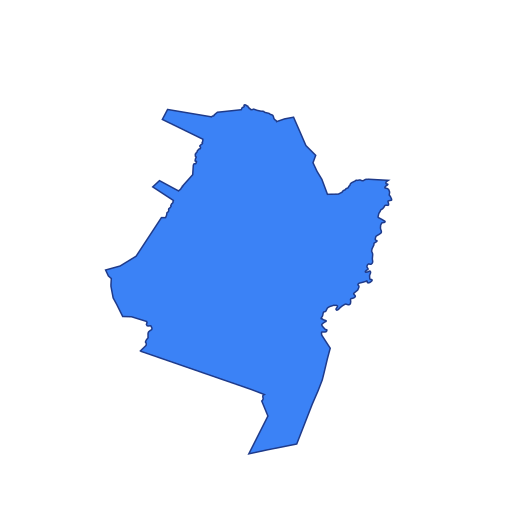 outline of Iliatenco, Guerrero, Mexico, rotated 49°
{"feature_id": "50627088B94686315759105", "entity_name": "Iliatenco", "entity_type": "district", "adm_level": 2, "iso_a3": "MEX", "parent_name": "Mexico", "parent_adm1": "Guerrero", "projection": "equal_earth", "projection_center": [-98.646, 17.051], "detail": "fine", "context": "isolated", "style": "filled", "palette": "blue", "viewbox_px": 512, "rotation_deg": 49, "n_neighbors": 0, "source": "geoboundaries", "source_scale": "gbopen_adm2", "svg_char_len": 6132}
<svg xmlns="http://www.w3.org/2000/svg" viewBox="0 0 512 512"><g transform="rotate(49 256 256)"><path d="M167.9,378.7L174.2,380.5L178.1,380.0L182.5,384.3L183.8,385.4L193.9,391.3L201.2,392.9L214.2,396.3L220.2,389.8L233.3,381.7L233.7,381.5L234.0,381.8L234.7,381.9L234.9,382.0L235.7,383.6L236.4,383.8L237.2,383.9L238.0,383.4L239.6,381.2L241.8,381.7L242.3,382.0L242.8,382.4L243.1,383.2L242.9,384.1L242.8,385.8L242.8,386.8L243.0,387.4L243.9,388.6L245.4,389.8L246.1,390.5L246.7,390.8L246.9,391.1L247.4,393.8L247.6,394.1L247.8,394.8L248.4,395.9L248.9,396.0L249.5,396.0L249.8,396.1L250.8,396.9L251.3,397.5L251.4,398.1L251.8,405.5L252.6,405.3L353.9,347.0L366.0,340.6L365.8,341.7L365.9,342.4L366.8,343.3L368.0,343.9L368.5,344.4L369.1,345.5L369.2,346.2L369.2,346.8L384.6,352.0L400.6,391.2L409.8,374.5L424.6,348.6L404.7,310.7L398.4,297.5L393.0,287.3L389.1,281.7L380.5,269.7L374.3,260.5L358.8,258.3L357.2,257.2L356.6,256.5L356.7,256.0L358.6,253.8L359.1,252.9L359.1,252.3L358.9,251.7L358.4,251.1L358.0,251.0L357.3,251.7L356.5,251.9L353.7,252.0L352.0,251.9L351.1,251.6L350.9,251.4L350.8,251.0L350.7,249.9L350.9,247.5L351.2,246.6L351.3,246.2L351.2,245.8L351.0,245.6L350.7,245.6L349.9,246.0L348.0,247.2L347.3,247.1L347.0,247.2L346.8,247.3L346.3,247.9L346.1,247.9L345.8,247.8L345.6,247.5L345.3,246.5L345.1,245.6L344.5,244.5L343.3,243.0L342.7,242.0L342.7,241.5L343.3,240.4L343.4,239.9L343.4,239.3L342.3,236.8L342.1,236.0L342.2,235.2L342.5,233.6L344.3,229.4L344.7,229.2L345.1,228.8L345.7,227.9L346.3,227.5L346.9,227.3L347.2,227.3L347.5,227.6L347.8,228.1L348.3,230.1L348.7,230.6L349.7,230.7L350.0,230.4L350.3,229.5L350.4,228.7L350.2,226.8L350.2,224.9L350.3,223.3L350.8,220.6L351.0,220.0L351.4,219.6L352.9,218.7L353.7,218.0L353.9,217.6L354.0,216.9L354.0,216.3L353.6,215.6L352.4,214.3L350.9,213.3L350.6,212.8L350.6,212.0L351.2,211.1L351.8,209.6L351.9,208.2L351.6,207.5L351.3,207.3L350.8,207.2L349.8,207.2L349.3,207.3L348.7,207.1L348.4,206.9L348.3,205.9L348.4,202.3L348.4,201.6L348.0,200.7L347.2,199.1L346.7,198.4L346.3,198.2L345.9,198.0L344.6,198.0L344.4,197.8L344.1,197.0L344.2,195.9L346.1,192.2L347.2,189.7L347.3,189.0L347.5,188.7L348.0,188.7L348.6,189.0L348.9,189.3L349.4,189.3L349.7,189.1L350.3,188.4L350.7,187.3L350.8,186.0L350.8,185.0L350.4,184.2L350.1,184.1L349.6,184.2L348.5,185.1L348.2,185.2L347.8,185.1L347.3,184.7L345.3,183.2L344.7,182.2L344.0,180.8L343.6,180.3L342.9,179.9L342.1,179.9L341.8,180.3L341.6,181.1L341.6,181.3L341.2,182.4L340.3,183.8L340.0,183.9L339.7,183.9L339.4,183.6L339.3,183.0L339.2,182.2L339.3,181.6L339.6,180.7L339.6,180.3L339.4,180.0L339.1,179.8L338.5,179.7L337.2,179.5L336.7,179.2L336.2,178.5L335.9,177.9L335.8,177.4L335.8,176.3L336.0,176.0L337.1,175.3L337.7,174.6L337.7,173.1L337.4,172.4L337.0,171.8L336.4,171.3L334.6,170.2L334.1,169.7L331.6,167.1L330.6,166.4L328.2,165.6L326.7,163.7L325.0,159.8L323.9,158.7L323.8,158.3L324.2,156.1L324.2,155.3L324.1,154.9L323.7,154.7L323.3,155.1L321.9,155.2L321.6,155.0L321.1,154.5L319.9,152.7L319.9,151.8L320.4,149.0L320.6,147.4L320.6,146.4L320.3,145.8L319.9,145.4L318.6,144.7L317.8,144.5L316.5,143.7L314.4,141.6L313.6,139.3L313.8,138.9L314.7,137.4L314.9,137.0L314.9,136.2L314.7,136.0L314.4,135.9L313.7,136.1L311.2,136.9L307.3,138.4L306.8,138.4L306.5,138.2L304.6,135.6L304.2,134.6L303.9,133.4L303.1,131.6L303.1,131.1L303.3,130.3L303.4,129.5L303.3,128.7L303.1,127.4L302.6,126.1L302.5,125.8L302.6,125.2L303.0,124.5L304.4,123.1L304.4,122.5L304.1,122.1L303.6,121.7L301.7,120.8L301.3,120.4L301.2,120.1L302.1,118.3L302.7,117.4L302.7,116.9L302.1,116.4L299.1,115.5L297.4,115.5L295.5,113.3L294.7,112.9L292.9,112.3L292.1,112.4L291.4,112.6L290.4,113.2L289.5,113.9L289.2,114.0L288.9,113.9L288.6,113.5L288.4,112.1L288.4,111.5L288.6,110.9L288.6,110.1L288.5,109.6L288.4,109.5L288.1,109.5L287.5,110.0L286.7,110.4L286.1,110.1L285.7,109.6L285.5,109.3L285.5,108.8L285.5,108.1L285.7,106.5L271.8,120.8L271.0,121.9L270.3,122.6L269.9,123.6L269.5,125.7L269.1,126.2L268.4,126.8L266.8,127.6L265.5,129.8L264.5,130.7L264.4,131.6L264.4,132.2L264.1,133.2L263.5,135.5L263.4,136.8L263.6,137.7L264.2,138.7L264.3,139.0L264.3,140.2L264.9,141.5L264.9,141.9L264.9,142.1L264.3,143.7L264.3,144.2L264.5,145.1L264.5,145.4L263.9,147.2L264.0,148.0L264.3,149.3L263.3,153.3L256.3,161.6L241.4,156.0L232.1,154.4L223.0,151.8L219.2,144.9L205.4,145.9L190.9,141.3L175.9,136.6L171.3,144.4L168.1,152.3L167.4,152.0L166.5,152.1L165.4,152.4L163.9,152.3L162.9,151.7L161.2,151.1L160.7,151.1L159.6,151.5L159.0,152.0L158.4,152.3L157.5,152.4L156.8,152.7L153.4,155.1L153.0,155.3L152.0,155.3L151.3,155.8L150.0,157.2L146.8,159.6L143.6,161.4L143.2,162.6L142.8,163.0L142.6,163.5L142.1,163.9L140.8,163.9L140.3,164.3L140.1,164.3L139.3,164.0L138.5,164.2L137.4,163.9L136.5,164.5L135.4,164.6L134.6,165.2L134.3,165.7L134.4,166.1L134.6,166.4L135.2,166.6L135.4,167.0L135.5,167.3L135.4,167.8L135.1,168.5L135.1,169.6L135.7,170.6L135.9,171.2L122.2,190.8L122.1,195.0L122.4,195.3L122.5,195.7L122.3,196.5L121.9,196.9L121.8,197.2L121.8,198.3L87.4,226.6L91.5,237.1L133.0,219.5L133.7,220.2L134.2,220.5L134.6,221.3L134.9,221.6L135.0,222.2L135.7,222.3L136.0,222.6L136.0,223.9L135.9,224.3L136.0,225.9L136.0,226.1L136.4,226.4L137.5,226.5L138.3,227.3L138.4,227.5L138.4,227.9L138.2,228.1L137.9,228.7L137.9,229.0L137.9,229.4L138.1,229.8L138.0,230.8L138.2,231.3L138.8,232.1L138.9,233.0L139.0,233.3L139.0,234.0L139.4,234.5L139.3,235.0L140.9,236.3L142.1,236.2L142.4,236.6L142.6,237.3L142.9,237.6L143.0,237.9L143.0,238.1L143.4,238.5L143.7,238.9L144.1,239.0L144.2,239.5L144.4,239.6L144.6,239.6L145.6,238.9L145.9,239.1L146.3,239.8L146.5,240.4L146.8,240.8L146.8,241.0L146.7,241.2L146.0,241.9L145.8,242.4L145.9,242.9L146.4,243.7L146.5,243.9L153.1,250.4L154.9,264.5L155.3,265.6L155.0,265.8L155.1,266.1L155.6,266.8L155.6,267.6L156.1,269.0L156.1,270.9L155.9,271.5L156.0,271.8L135.8,279.4L136.1,288.6L159.9,281.9L160.6,283.1L161.0,283.4L161.2,283.8L161.3,284.1L161.3,285.5L161.7,286.3L161.9,287.1L162.6,287.4L162.8,287.6L163.2,289.2L163.1,290.3L163.1,290.8L163.5,291.4L164.1,291.8L164.6,292.3L164.8,292.6L165.0,293.3L165.0,293.9L164.9,294.7L165.1,295.0L166.6,296.8L167.7,299.1L165.0,302.2L177.5,346.6L174.4,365.1L167.9,378.7Z" fill="#3b82f6" stroke="#1e3a8a" stroke-width="1.5"/></g></svg>